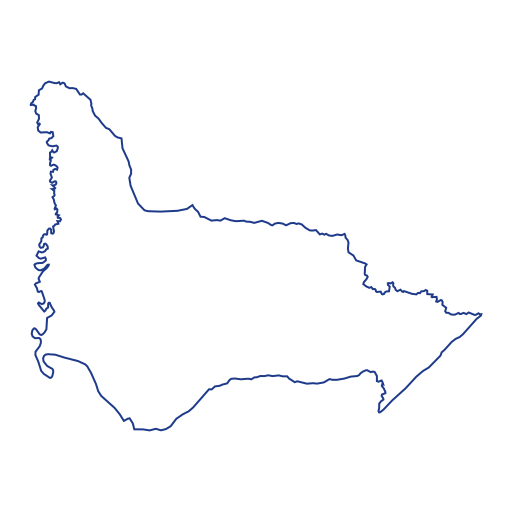 the district of Dondo, Sofala, Mozambique
{"feature_id": "85939544B17350721147016", "entity_name": "Dondo", "entity_type": "district", "adm_level": 2, "iso_a3": "MOZ", "parent_name": "Mozambique", "parent_adm1": "Sofala", "projection": "robinson", "projection_center": [34.673, -19.439], "detail": "fine", "context": "isolated", "style": "outline", "palette": "blue", "viewbox_px": 512, "rotation_deg": 0, "n_neighbors": 0, "source": "geoboundaries", "source_scale": "gbopen_adm2", "svg_char_len": 5846}
<svg xmlns="http://www.w3.org/2000/svg" viewBox="0 0 512 512"><path d="M123.9,420.9L127.6,418.8L129.6,418.3L132.8,423.4L134.3,429.3L143.2,429.4L149.6,430.4L155.8,428.8L161.0,430.3L166.1,429.0L170.7,426.2L176.3,418.8L182.8,414.3L188.7,411.3L193.1,407.5L209.0,389.3L211.7,389.4L215.0,386.4L220.1,385.7L222.0,384.7L227.1,383.4L229.7,379.9L231.3,378.8L234.7,378.5L240.9,379.3L248.2,378.7L251.3,379.3L254.4,377.4L256.6,377.3L260.4,376.0L264.3,376.1L268.3,375.3L272.6,376.1L278.8,375.4L282.4,376.3L287.2,376.3L289.0,378.5L294.8,382.2L297.3,381.3L307.0,383.7L312.8,383.2L317.2,383.6L323.9,382.4L329.5,379.1L332.5,379.8L337.0,379.8L344.2,378.6L350.8,376.6L357.3,376.0L359.2,375.0L360.4,373.4L362.7,371.7L365.8,370.3L367.1,370.2L370.7,372.1L372.8,371.6L374.6,371.9L376.9,376.0L376.9,381.1L378.4,381.7L381.6,380.5L382.7,382.7L383.3,384.6L382.2,384.4L381.8,386.0L383.6,388.1L385.3,391.7L385.4,393.2L382.0,394.5L381.6,395.8L383.3,398.6L383.4,399.6L380.9,401.4L379.2,403.7L379.2,407.7L378.5,411.2L379.1,412.4L380.0,412.3L383.5,409.6L392.0,400.6L405.6,388.3L416.4,376.6L423.1,370.9L428.8,367.5L440.5,355.6L441.7,352.3L444.5,349.9L451.6,342.0L455.6,338.9L459.7,337.0L463.0,334.2L476.7,318.8L480.9,315.6L481.3,314.2L480.0,314.4L478.5,313.3L475.7,314.9L474.5,314.9L468.7,312.5L466.4,314.1L463.6,312.9L460.9,314.0L459.8,314.0L458.6,312.9L455.0,314.6L453.2,314.7L451.0,314.4L448.4,312.8L446.3,312.8L445.2,311.3L446.2,307.8L442.4,304.9L442.6,302.0L441.9,300.5L440.9,300.0L437.5,301.9L436.2,301.5L436.9,299.4L436.5,296.9L432.0,297.2L431.6,296.9L432.7,294.5L427.3,294.1L427.2,290.8L425.8,290.0L424.0,291.1L421.2,291.4L419.9,293.2L418.1,292.9L416.3,294.4L411.9,293.8L404.0,291.1L403.2,291.9L402.4,291.8L400.5,289.7L397.4,291.2L395.7,289.9L394.9,287.7L393.4,286.4L393.1,284.7L393.4,283.3L392.6,282.3L390.4,283.5L388.9,283.0L387.8,283.3L387.9,284.8L389.7,286.7L389.0,291.3L386.2,291.5L384.7,292.5L384.1,293.9L382.5,294.4L381.8,294.0L380.7,291.6L376.9,292.0L375.9,291.3L375.7,289.9L374.8,289.0L372.8,289.1L371.4,287.1L369.2,287.8L366.1,286.3L363.3,284.1L363.9,282.1L366.3,279.4L367.7,276.9L366.9,275.5L365.2,275.0L364.7,273.8L365.1,266.9L366.6,264.4L365.3,263.5L356.2,260.4L353.4,255.5L348.5,252.3L347.9,248.4L348.5,242.7L347.6,240.0L345.6,237.7L345.3,235.4L344.6,233.9L341.5,235.2L337.2,234.5L332.4,235.9L329.1,235.5L326.0,233.8L324.3,234.7L322.3,233.6L319.8,234.4L316.0,230.1L312.1,230.6L309.6,230.3L305.3,227.7L301.7,224.4L298.5,223.4L296.6,224.0L294.0,223.0L290.8,223.1L286.1,225.3L282.7,223.6L278.4,222.9L274.9,223.6L272.5,225.3L271.2,225.1L267.9,222.9L261.8,220.8L254.2,222.9L250.2,221.8L246.2,221.6L244.0,220.7L235.9,221.2L230.9,220.3L224.7,218.2L220.5,220.6L216.8,220.1L211.4,220.6L204.3,217.0L200.5,216.7L198.1,211.9L194.7,208.7L192.4,205.1L187.0,208.9L177.5,210.8L160.6,211.6L148.0,211.2L144.5,210.3L138.0,203.5L130.6,185.8L129.3,177.8L131.1,173.7L131.1,169.6L129.4,165.4L128.6,161.4L122.5,148.3L121.5,138.4L117.5,137.4L115.0,135.9L109.3,129.2L106.0,127.9L101.6,122.9L98.4,118.4L95.1,115.7L92.7,111.0L92.4,108.7L91.1,105.3L91.4,103.8L90.5,99.8L83.2,93.3L81.5,94.6L79.9,94.5L76.2,88.9L72.8,88.1L69.5,88.2L66.6,86.8L65.8,86.3L64.7,83.6L63.7,82.9L62.5,82.7L60.3,84.3L59.1,82.2L57.0,83.1L54.7,83.1L49.0,81.6L45.2,83.2L43.4,85.5L42.1,88.4L38.9,90.3L38.6,94.7L35.2,97.0L35.1,99.2L33.7,99.9L32.8,102.2L31.4,103.1L30.7,104.6L30.8,105.0L33.8,104.7L34.3,105.5L36.0,106.2L36.1,108.2L35.3,111.1L36.2,113.6L38.8,115.1L39.0,118.8L37.2,122.5L38.1,124.2L39.5,123.6L39.8,124.2L37.7,127.2L38.2,130.5L40.6,132.5L46.9,132.2L49.7,133.3L50.1,133.3L50.8,131.9L52.7,132.2L53.3,136.1L51.6,138.0L49.1,138.7L48.5,140.3L46.8,141.7L46.9,142.9L48.4,145.2L49.7,145.7L52.4,146.3L56.5,145.6L57.8,146.7L57.8,148.1L56.8,151.1L54.5,152.4L53.5,152.3L52.2,150.3L51.3,151.8L50.0,152.6L50.1,156.4L50.4,157.2L52.0,157.6L51.4,158.4L49.9,158.3L49.8,159.5L50.4,159.6L50.8,160.8L50.0,163.3L50.1,165.3L51.0,165.8L53.4,164.7L54.4,164.8L56.7,166.2L57.6,167.7L57.0,169.7L55.2,168.9L53.4,169.9L53.0,171.8L50.9,171.7L50.5,173.8L51.9,177.5L49.9,180.7L50.2,181.8L52.1,182.8L54.5,181.3L55.7,181.3L56.2,182.1L56.3,183.5L55.7,184.5L53.8,185.4L52.4,185.3L55.2,188.0L54.5,188.9L52.0,189.1L54.3,190.9L54.1,193.1L54.6,195.1L54.4,195.7L52.5,197.2L53.8,199.5L54.5,203.0L55.9,205.4L54.6,208.7L54.9,209.3L56.6,208.5L57.4,209.5L57.1,212.8L55.8,213.6L55.8,214.4L58.9,215.3L57.6,216.8L57.8,217.8L60.0,218.0L61.0,219.4L59.9,221.3L57.4,221.1L58.4,223.7L55.2,224.5L54.4,225.7L53.1,226.5L54.0,231.5L53.4,233.2L52.6,233.7L51.2,233.2L51.1,229.6L50.0,228.5L49.0,228.6L47.4,230.4L47.1,234.4L46.3,234.7L44.9,234.1L44.2,234.3L43.0,235.6L42.7,237.4L41.4,238.3L41.3,241.2L39.2,244.5L39.6,246.7L40.8,247.8L43.0,247.3L43.8,245.7L44.0,244.1L45.2,243.6L46.1,244.1L47.7,246.5L47.8,248.6L45.9,249.6L45.4,250.8L43.1,252.2L41.6,252.4L38.6,251.4L36.5,255.7L38.9,258.1L40.9,258.7L45.1,257.4L45.9,259.0L45.8,260.5L42.6,262.9L37.5,263.2L35.1,264.0L34.4,264.9L35.3,267.3L36.5,268.5L38.6,270.1L40.8,270.3L44.3,268.6L47.5,264.8L48.8,264.7L48.6,265.6L46.6,268.2L42.9,271.4L38.9,277.5L38.6,278.7L39.8,281.8L35.7,283.5L34.9,284.7L36.9,288.1L37.8,291.6L38.9,292.0L41.2,291.0L41.8,291.4L44.7,300.0L44.7,301.7L43.8,303.4L41.8,304.1L38.8,302.5L38.0,303.4L38.6,304.7L44.2,311.5L45.3,310.7L46.3,308.7L48.1,307.5L48.2,303.5L49.0,302.7L49.7,302.8L51.5,306.9L54.1,310.8L54.4,311.8L51.6,315.5L47.1,317.9L46.4,329.3L44.6,332.3L42.7,334.3L41.2,335.0L39.6,334.3L36.2,329.5L34.7,328.3L33.7,328.6L32.3,330.5L31.7,333.8L32.6,336.4L35.0,338.2L39.0,338.0L40.2,338.8L40.9,340.5L40.8,343.2L39.7,346.2L35.5,351.8L35.4,355.0L38.3,361.7L41.2,370.9L43.8,373.9L49.9,377.9L51.1,377.7L52.2,376.3L53.2,372.4L53.2,370.4L52.4,368.9L47.2,366.0L43.6,361.5L43.1,358.2L44.1,355.8L45.8,354.5L48.4,354.2L55.3,354.7L64.1,357.5L78.1,361.1L85.3,364.4L87.3,366.4L91.1,373.0L96.0,384.1L98.2,391.1L101.2,395.9L114.6,407.9L119.7,414.2L123.9,420.9Z" fill="none" stroke="#1e3a8a" stroke-width="2"/></svg>